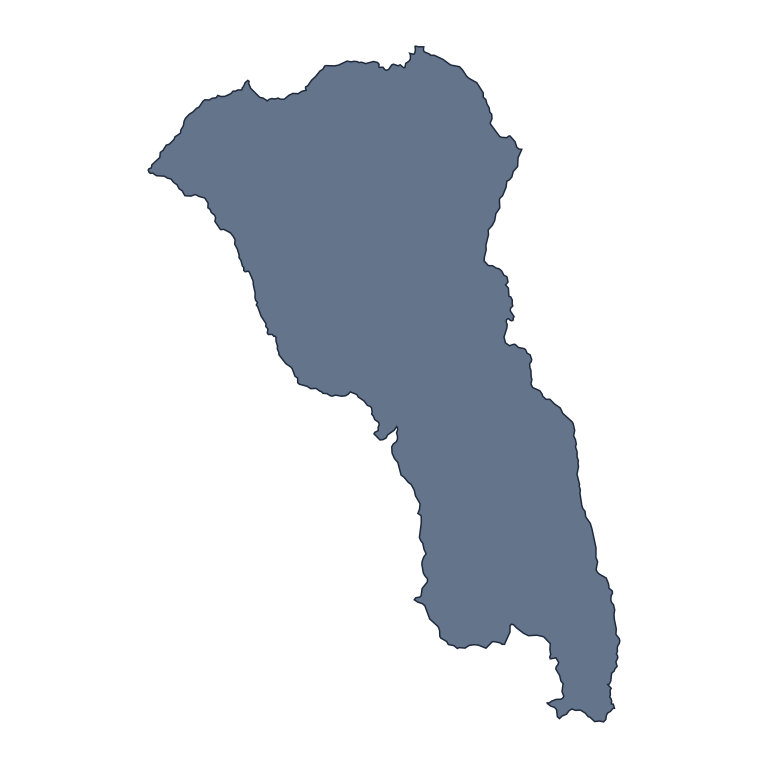 outline of Paruro, Cusco, Peru
{"feature_id": "86281439B31235431009642", "entity_name": "Paruro", "entity_type": "district", "adm_level": 2, "iso_a3": "PER", "parent_name": "Peru", "parent_adm1": "Cusco", "projection": "natural_earth1", "projection_center": [-71.904, -13.936], "detail": "fine", "context": "isolated", "style": "filled", "palette": "slate", "viewbox_px": 768, "rotation_deg": 0, "n_neighbors": 0, "source": "geoboundaries", "source_scale": "gbopen_adm2", "svg_char_len": 6040}
<svg xmlns="http://www.w3.org/2000/svg" viewBox="0 0 768 768"><path d="M521.8,149.4L518.9,149.0L516.8,147.3L515.0,141.6L510.0,136.0L508.9,136.0L506.7,137.7L501.4,137.3L499.6,136.4L490.5,124.1L490.3,122.8L492.0,118.8L491.7,114.2L489.8,112.2L489.1,107.6L487.0,104.1L485.8,99.5L483.3,97.3L483.2,92.8L476.8,82.7L469.1,78.4L466.6,76.2L462.6,70.0L459.5,66.7L450.6,65.0L443.0,59.4L434.3,55.3L430.5,55.3L429.8,54.2L424.2,51.8L423.4,49.9L423.8,46.8L418.2,46.8L415.7,46.1L415.0,46.4L415.4,49.5L414.9,52.8L413.7,54.3L409.7,53.3L410.4,54.8L410.4,59.0L409.2,61.0L405.7,63.4L404.9,67.6L403.5,67.6L400.2,64.8L398.1,65.8L393.4,64.2L391.9,64.8L388.5,69.5L386.3,70.3L384.8,69.6L382.9,67.2L379.3,67.4L378.8,66.2L379.1,64.3L377.6,62.5L373.4,61.5L365.8,63.6L361.3,62.2L358.9,62.6L357.3,61.6L353.9,61.3L351.1,61.9L347.1,61.1L338.3,65.2L334.2,65.9L325.9,65.6L324.6,66.1L322.9,69.2L319.9,71.1L315.5,76.6L311.5,80.3L307.7,85.8L305.7,86.9L305.5,88.0L306.2,90.2L301.8,91.3L298.2,93.7L292.9,93.4L288.9,95.3L284.3,99.2L280.4,99.2L278.2,98.1L274.6,99.0L271.8,98.5L269.0,99.4L267.3,100.9L263.0,98.0L259.8,97.4L250.7,88.3L248.7,83.5L249.1,81.3L247.8,80.4L245.1,82.7L243.7,86.2L242.1,88.2L242.1,89.6L241.5,90.0L238.0,89.9L235.3,91.2L233.1,91.1L230.9,93.6L224.8,96.4L220.8,96.5L217.8,95.4L216.2,97.7L211.7,98.4L209.4,100.0L204.8,99.8L203.0,101.2L199.1,107.0L196.4,108.4L192.9,112.0L189.3,114.2L185.6,118.1L184.2,120.9L183.3,125.9L180.9,129.9L180.4,133.3L175.0,136.8L173.9,139.6L169.3,144.2L166.3,145.1L163.0,150.4L160.3,152.4L159.8,157.4L151.8,164.9L151.4,167.8L148.9,168.8L148.2,170.1L149.1,172.4L150.4,173.4L152.5,173.0L156.5,175.7L164.3,176.2L167.4,178.1L171.0,179.0L173.6,182.4L177.1,184.8L179.2,188.9L182.0,190.6L184.9,195.7L191.0,196.1L195.3,194.5L199.2,196.5L204.7,198.0L208.1,203.0L207.9,207.8L210.0,209.3L211.3,212.5L214.7,215.3L215.6,217.8L214.9,221.4L220.2,229.2L221.0,229.7L223.7,229.3L230.5,232.9L233.5,236.8L235.1,239.8L234.7,244.3L237.2,248.8L239.1,255.0L239.0,257.7L240.9,260.3L242.3,265.8L243.8,267.4L243.7,270.4L245.2,271.8L248.0,271.2L249.2,271.9L253.1,281.0L253.3,284.7L255.1,292.9L255.0,297.7L255.6,300.2L257.5,302.6L256.3,305.0L257.7,306.7L261.1,316.2L266.0,323.7L265.8,326.5L267.9,328.9L267.3,333.0L268.3,334.5L272.2,334.4L273.8,336.3L275.0,336.1L276.0,337.6L276.0,341.2L277.5,346.0L277.3,348.9L278.8,352.4L279.0,354.9L285.8,363.6L290.9,367.1L292.3,368.9L295.0,376.3L297.6,378.0L297.7,382.7L299.3,384.2L307.1,386.3L310.8,388.7L316.1,388.4L320.1,391.3L321.3,391.5L322.9,393.3L326.8,393.6L330.6,395.9L332.3,396.1L335.6,395.1L341.7,396.2L345.5,395.8L348.2,394.2L350.3,391.9L356.8,394.5L358.2,397.0L363.9,400.8L367.4,405.4L370.3,406.5L371.5,407.8L372.1,411.7L371.7,414.2L373.5,416.3L374.7,419.6L378.7,422.4L379.2,424.6L378.1,427.4L378.2,430.6L374.7,432.4L374.0,433.9L380.1,440.0L383.2,439.6L386.3,437.8L387.4,435.1L394.2,430.2L396.7,426.6L397.4,427.7L397.7,429.5L396.5,432.9L397.5,436.2L397.4,439.3L396.3,441.7L393.2,444.1L391.7,446.9L392.1,453.2L394.5,458.6L397.8,462.4L401.1,475.1L403.8,477.0L408.4,482.5L410.9,484.2L414.2,489.9L415.5,495.9L420.1,503.8L419.5,509.2L417.9,513.5L421.0,515.5L421.3,518.4L421.2,523.4L419.4,537.4L420.7,540.6L422.7,543.1L424.1,549.5L426.1,553.8L423.7,557.1L422.1,561.6L421.9,564.6L423.3,572.9L424.8,575.7L427.5,578.8L427.3,582.0L422.1,588.5L421.1,595.8L419.7,597.1L415.7,597.8L414.3,599.8L417.9,602.2L422.1,603.5L424.8,605.7L429.8,619.1L437.7,626.2L438.8,628.0L439.6,630.7L439.8,636.3L440.7,638.0L446.7,641.5L448.3,644.5L454.0,645.7L457.4,648.5L459.1,647.6L465.0,648.1L469.2,645.4L474.2,644.7L478.3,645.1L486.0,648.2L492.4,641.6L495.5,641.8L500.4,643.0L502.0,644.3L504.5,644.3L510.0,632.0L510.0,625.8L511.4,624.2L513.5,624.7L516.7,628.0L523.5,633.2L528.5,635.7L537.1,635.2L543.7,636.8L550.3,643.7L549.9,649.5L550.7,654.7L549.7,657.1L550.3,658.9L555.9,657.8L558.7,662.4L557.7,665.0L556.3,666.6L555.8,669.0L559.6,675.4L560.9,680.9L563.1,683.7L562.0,691.4L563.8,696.2L562.9,697.9L561.0,699.2L556.1,699.4L551.7,701.1L549.2,702.9L547.2,702.9L547.3,703.5L550.8,706.1L554.5,707.4L556.5,709.5L557.4,716.8L559.5,718.6L562.3,715.9L566.5,714.2L569.1,710.7L571.8,709.0L575.6,710.4L580.4,710.1L585.3,713.1L588.1,716.6L590.0,717.2L594.7,721.6L599.3,721.0L603.5,721.9L605.8,719.6L606.3,715.6L607.5,713.2L610.6,711.2L612.8,708.5L614.5,708.3L613.3,704.2L611.3,703.8L611.7,701.5L610.9,698.5L609.7,697.2L610.4,695.1L610.1,690.2L611.2,688.3L607.7,684.5L609.3,684.1L610.8,681.0L611.6,673.3L614.2,671.0L614.9,668.9L617.1,666.4L615.9,661.9L617.8,657.7L617.6,656.0L616.4,653.9L617.5,651.2L617.2,648.3L617.7,645.9L619.3,643.4L619.8,640.5L619.2,638.6L615.9,634.3L616.3,629.0L614.4,619.7L614.0,614.5L614.7,609.8L613.5,604.7L611.7,602.6L610.8,600.0L611.2,595.3L612.5,593.5L612.3,591.0L609.1,588.3L608.5,583.8L606.2,578.0L599.5,574.2L597.4,572.3L596.1,569.7L597.6,561.7L595.9,557.4L596.0,547.9L592.0,529.1L590.3,523.4L585.7,516.8L585.0,511.2L582.9,508.7L581.8,505.4L580.0,493.6L580.3,489.6L579.2,486.2L579.5,484.3L577.0,474.2L578.5,466.7L578.0,463.1L578.4,460.7L577.1,457.0L577.1,451.8L575.5,446.9L576.3,443.9L575.4,439.6L573.6,435.8L574.7,430.4L573.2,423.8L572.2,421.9L562.8,413.4L560.3,408.0L554.5,404.0L549.9,399.3L546.0,399.3L542.7,396.2L541.9,393.7L539.8,390.7L532.6,387.5L531.0,384.0L531.9,379.3L531.2,377.4L530.9,370.3L530.0,367.9L529.6,363.8L531.2,361.7L531.7,359.6L530.1,354.8L527.1,353.2L525.5,349.6L524.1,348.6L518.3,347.4L515.4,344.6L514.0,344.2L509.5,345.7L505.5,342.9L504.0,337.1L506.9,327.8L507.2,324.6L506.2,322.0L506.4,320.0L507.4,318.9L508.6,318.7L510.3,320.4L511.9,320.8L513.2,320.0L513.1,318.6L514.1,316.7L510.3,310.9L510.5,308.3L512.8,306.0L512.2,303.8L512.3,300.1L510.8,297.0L508.9,296.2L508.4,288.1L505.5,284.9L508.0,282.1L507.1,277.4L506.7,276.6L503.9,275.2L501.7,271.0L499.0,268.7L496.2,268.1L492.5,265.7L488.4,265.6L484.1,260.9L484.4,257.2L486.2,249.8L485.9,245.3L488.5,234.7L488.2,229.9L492.5,225.1L494.7,220.6L495.8,213.8L499.8,207.9L499.4,199.8L499.9,198.2L502.6,195.7L506.1,187.2L506.8,181.3L509.3,179.9L511.9,176.9L513.2,171.6L517.6,166.6L518.1,157.6L521.8,149.4Z" fill="#64748b" stroke="#1e293b" stroke-width="1.5"/></svg>